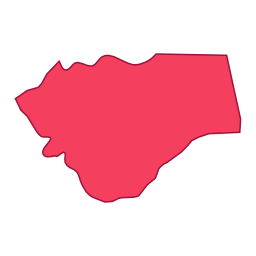 Zomba, Robinson projection
{"feature_id": "MWI-1920", "entity_name": "Zomba", "entity_type": "District", "adm_level": 1, "iso_a3": "MWI", "parent_name": "Malawi", "parent_adm1": "", "projection": "robinson", "projection_center": [35.338, -15.445], "detail": "fine", "context": "isolated", "style": "filled", "palette": "rose", "viewbox_px": 256, "rotation_deg": 0, "n_neighbors": 0, "source": "natural_earth", "source_scale": "10m", "svg_char_len": 1237}
<svg xmlns="http://www.w3.org/2000/svg" viewBox="0 0 256 256"><path d="M226.6,55.3L232.9,84.4L240.6,119.3L239.8,132.0L239.8,132.3L239.7,132.3L208.8,133.7L198.5,137.2L191.9,140.5L187.9,145.3L181.6,151.8L167.3,162.3L164.0,163.9L161.1,166.2L158.9,168.5L155.4,178.2L148.8,183.5L146.8,185.4L138.7,195.8L136.6,196.6L133.2,197.2L121.8,197.7L118.4,198.4L114.7,200.4L112.4,201.4L104.9,202.0L92.6,197.2L89.6,195.2L86.3,191.9L82.5,185.7L80.6,181.4L78.4,174.6L76.6,171.7L74.0,169.6L69.7,167.5L67.0,165.4L65.1,162.2L64.9,159.1L65.3,154.7L64.8,152.8L63.3,152.2L60.3,154.1L58.5,155.5L56.7,156.5L54.8,155.8L51.0,156.6L47.5,156.8L46.0,156.5L44.3,155.7L43.1,154.1L42.8,151.8L43.3,149.8L44.3,147.9L49.9,140.5L50.6,138.8L50.2,137.5L48.4,137.0L43.7,137.0L41.4,136.5L38.8,134.3L36.3,131.0L27.2,116.2L21.0,110.3L15.4,98.7L27.2,90.5L38.1,87.4L41.6,83.7L46.9,74.0L59.2,61.2L61.5,66.3L62.6,68.3L64.6,69.9L67.3,69.9L70.6,67.3L72.8,64.7L75.0,63.0L77.7,62.5L82.3,63.6L86.7,65.3L90.2,66.0L92.7,65.8L95.4,64.0L100.5,58.1L102.3,56.7L105.3,55.6L108.5,55.4L113.9,56.7L127.7,63.1L132.7,64.7L135.8,64.8L139.4,64.3L145.2,62.3L148.6,60.5L151.4,58.6L154.1,56.1L154.7,55.4L155.7,54.5L156.5,54.0L226.5,55.3L226.6,55.3Z" fill="#f43f5e" stroke="#9f1239" stroke-width="1.5"/></svg>